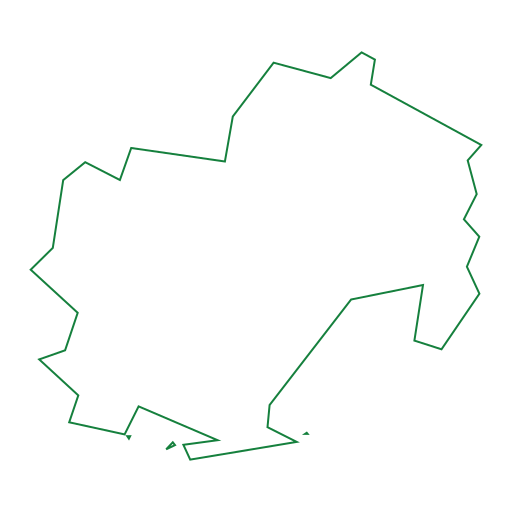 map outline of Maga Buryatdan (Albers equal-area conic projection)
{"feature_id": "RUS-2615", "entity_name": "Maga Buryatdan", "entity_type": "Region", "adm_level": 1, "iso_a3": "RUS", "parent_name": "Russia", "parent_adm1": "", "projection": "albers", "projection_center": [153.715, 62.596], "detail": "coarse", "context": "isolated", "style": "outline", "palette": "green", "viewbox_px": 512, "rotation_deg": 0, "n_neighbors": 0, "source": "natural_earth", "source_scale": "10m", "svg_char_len": 716}
<svg xmlns="http://www.w3.org/2000/svg" viewBox="0 0 512 512"><path d="M296.7,441.9L190.2,459.6L183.4,444.8L217.6,440.2L138.6,406.4L124.6,434.4L69.2,422.3L78.3,395.4L39.2,359.4L65.1,350.3L77.7,312.8L30.7,269.7L52.8,247.9L63.2,180.1L85.2,162.2L119.9,180.0L131.2,148.0L224.9,161.5L232.8,116.5L273.6,62.7L330.7,78.1L361.6,52.4L374.9,59.6L370.8,84.7L481.3,145.0L467.7,160.4L476.7,194.1L463.9,219.3L479.3,236.7L466.9,266.7L479.4,293.7L441.5,349.3L414.4,340.6L423.0,285.0L351.1,299.5L269.6,405.0L267.5,427.2L296.7,441.9ZM172.8,442.3L175.0,445.1L166.2,449.3L172.8,442.3ZM128.9,438.6L127.3,436.2L130.1,436.2L128.9,438.6ZM305.1,433.9L306.7,432.8L307.6,433.9L305.1,433.9Z" fill="none" stroke="#15803d" stroke-width="2"/></svg>